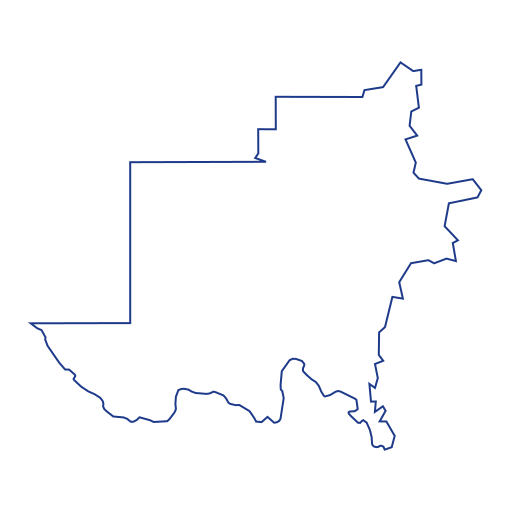 the district of Jackson, Oklahoma, United States of America
{"feature_id": "52423323B19658065056773", "entity_name": "Jackson", "entity_type": "district", "adm_level": 2, "iso_a3": "USA", "parent_name": "United States of America", "parent_adm1": "Oklahoma", "projection": "equal_earth", "projection_center": [-99.395, 34.598], "detail": "fine", "context": "isolated", "style": "outline", "palette": "blue", "viewbox_px": 512, "rotation_deg": 0, "n_neighbors": 0, "source": "geoboundaries", "source_scale": "gbopen_adm2", "svg_char_len": 2248}
<svg xmlns="http://www.w3.org/2000/svg" viewBox="0 0 512 512"><path d="M364.5,90.1L362.4,97.0L275.7,96.8L275.8,129.3L258.2,129.2L258.3,153.4L255.2,158.0L266.0,161.8L130.2,162.2L130.2,323.1L30.7,323.3L37.3,328.3L41.5,330.1L45.5,337.3L45.2,339.5L47.6,345.9L59.1,362.5L65.1,369.5L69.1,369.6L74.8,374.6L75.2,375.4L75.2,376.3L73.6,378.8L73.9,379.8L81.1,386.6L88.5,391.5L94.4,394.1L100.1,397.7L102.2,400.3L103.0,401.8L103.4,404.0L103.1,406.5L104.3,409.1L107.0,411.6L113.3,416.5L123.5,417.4L127.3,418.9L130.4,421.5L132.2,421.9L134.1,421.4L136.9,419.8L139.5,417.3L150.0,420.2L153.7,422.0L167.2,421.2L169.3,419.3L174.2,412.9L175.4,410.6L175.9,408.9L175.4,403.8L175.9,396.7L178.4,390.1L181.6,388.9L184.2,388.8L188.4,389.6L191.8,391.6L195.6,393.0L206.5,393.9L209.9,393.4L213.3,391.7L215.1,392.0L223.2,395.3L224.7,396.7L226.4,398.9L228.4,402.6L230.2,403.9L235.6,405.1L237.0,405.1L239.3,405.0L249.5,411.1L253.8,417.3L256.2,421.6L261.6,422.1L267.5,416.9L274.0,422.6L274.9,422.7L277.3,422.1L279.2,420.9L280.5,418.8L283.7,398.2L282.3,391.1L280.9,389.6L280.7,388.6L280.6,384.6L281.8,371.2L289.6,360.2L292.7,358.8L295.9,358.9L302.0,361.0L304.3,364.0L304.2,365.6L303.1,367.9L302.9,369.1L303.1,371.2L306.6,374.9L311.7,379.4L315.8,382.0L318.8,385.8L321.3,391.7L323.9,395.8L324.5,396.3L325.7,396.3L330.2,395.0L335.3,391.9L337.8,391.0L340.4,391.5L354.8,398.6L356.4,399.8L357.7,408.9L356.5,410.1L354.6,411.2L349.4,411.6L348.6,412.3L348.8,413.6L350.9,416.0L357.9,422.7L360.1,422.9L362.0,420.9L363.3,420.2L366.7,422.7L369.9,430.0L371.6,436.9L372.1,443.8L372.5,445.1L373.9,446.5L376.1,447.1L378.4,446.9L379.7,445.9L381.0,445.7L383.4,446.6L384.7,449.6L391.7,447.2L394.7,435.9L386.4,421.5L379.7,421.4L385.6,410.8L382.9,406.3L374.9,411.9L375.8,401.5L371.0,401.6L369.4,383.9L375.0,387.9L377.8,378.1L375.0,364.0L383.2,360.8L378.8,354.9L379.1,332.4L385.0,327.1L392.4,296.9L402.9,298.6L399.2,282.2L411.0,263.2L428.4,260.2L434.2,263.3L446.5,258.6L455.9,261.1L452.8,243.0L457.9,240.3L444.6,226.2L448.9,203.3L477.5,197.4L481.3,190.2L472.7,179.2L447.1,183.8L418.9,178.6L413.5,172.7L415.8,162.6L405.5,139.4L417.2,135.6L409.6,125.8L411.3,111.5L418.9,107.7L416.2,85.9L421.4,84.6L421.3,69.8L413.2,71.1L400.5,62.4L383.1,87.1L364.5,90.1Z" fill="none" stroke="#1e3a8a" stroke-width="2"/></svg>